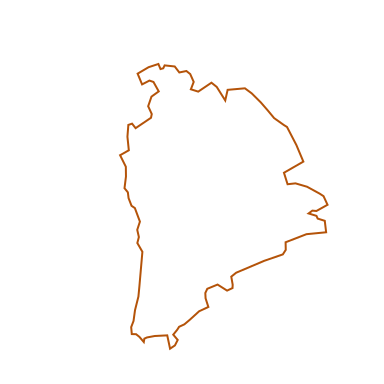 Pastdargom, Samarkand, Uzbekistan (Albers equal-area conic projection), rotated 244°
{"feature_id": "79887680B34073464647672", "entity_name": "Pastdargom", "entity_type": "district", "adm_level": 2, "iso_a3": "UZB", "parent_name": "Uzbekistan", "parent_adm1": "Samarkand", "projection": "albers", "projection_center": [66.66, 39.68], "detail": "fine", "context": "isolated", "style": "outline", "palette": "amber", "viewbox_px": 384, "rotation_deg": 244, "n_neighbors": 0, "source": "geoboundaries", "source_scale": "gbopen_adm2", "svg_char_len": 1384}
<svg xmlns="http://www.w3.org/2000/svg" viewBox="0 0 384 384"><g transform="rotate(244 192 192)"><path d="M262.0,285.0L268.2,268.8L259.7,262.0L275.6,260.3L281.7,257.4L280.6,249.5L279.5,241.6L284.8,236.0L290.2,241.8L298.8,242.1L303.2,240.0L305.0,233.0L312.4,231.5L317.8,222.9L315.8,220.4L316.3,217.6L321.8,217.9L323.2,207.7L322.2,195.0L310.6,194.3L310.8,202.6L307.8,205.6L297.0,206.2L295.5,197.4L288.3,190.2L279.7,190.0L276.7,187.7L274.1,169.3L279.7,168.1L280.2,164.2L270.0,158.2L257.2,153.5L256.6,143.5L243.7,143.6L234.8,139.4L225.0,133.0L219.8,134.2L214.3,132.3L206.1,131.6L202.6,133.6L188.2,132.2L182.0,126.2L174.8,124.5L170.1,120.5L160.0,121.2L130.5,103.5L121.5,98.0L110.8,89.0L101.7,82.9L97.2,78.1L90.7,75.6L88.7,79.4L84.9,81.2L78.3,82.9L81.1,84.9L81.0,87.8L78.9,95.4L74.0,106.9L60.8,103.6L61.6,109.4L65.3,114.3L72.0,112.6L74.7,118.4L76.5,121.3L76.4,127.1L78.1,133.9L81.7,146.2L81.5,156.3L90.5,157.6L95.4,159.7L98.3,163.3L97.6,174.4L88.0,180.3L87.9,186.3L90.8,187.9L98.7,190.2L100.1,196.3L98.5,226.6L96.1,246.3L98.9,250.9L105.8,254.1L103.9,276.4L97.0,294.9L107.9,298.7L113.0,293.3L116.0,293.4L121.6,287.4L122.5,292.0L120.4,295.5L121.1,308.2L130.6,308.4L134.6,306.0L146.3,297.7L154.4,288.8L157.1,281.3L169.0,283.1L170.5,305.4L188.4,306.4L208.8,305.9L211.8,304.0L222.4,298.2L231.9,295.9L242.4,293.1L254.5,288.9L262.0,285.0Z" fill="none" stroke="#b45309" stroke-width="2"/></g></svg>